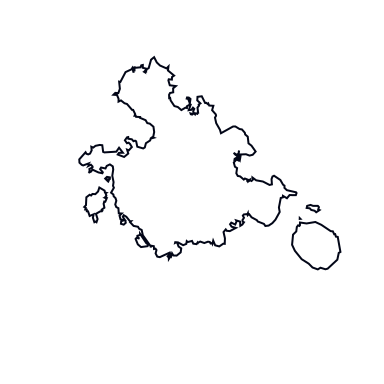 the district of Nosy-Be, Diana, Madagascar, rotated 328°
{"feature_id": "10022922B66036521727834", "entity_name": "Nosy-Be", "entity_type": "district", "adm_level": 2, "iso_a3": "MDG", "parent_name": "Madagascar", "parent_adm1": "Diana", "projection": "orthographic", "projection_center": [48.268, -13.349], "detail": "fine", "context": "isolated", "style": "outline", "palette": "ink", "viewbox_px": 384, "rotation_deg": 328, "n_neighbors": 0, "source": "geoboundaries", "source_scale": "gbopen_adm2", "svg_char_len": 6079}
<svg xmlns="http://www.w3.org/2000/svg" viewBox="0 0 384 384"><g transform="rotate(328 192 192)"><path d="M214.4,59.0L209.5,56.5L209.7,55.1L208.3,57.4L207.9,55.8L206.9,56.8L206.8,58.4L205.7,59.8L207.1,55.2L205.7,55.9L199.2,55.1L189.6,60.7L188.7,59.8L185.5,66.3L181.9,69.1L179.5,67.3L176.9,67.9L179.8,70.0L179.1,74.1L177.6,76.4L180.3,76.7L181.8,81.0L183.5,82.9L184.7,90.6L185.6,91.2L185.1,95.7L183.7,96.9L184.7,97.4L184.4,98.6L187.7,100.9L187.2,101.5L190.7,106.5L190.6,109.9L192.4,111.6L193.9,116.2L191.7,121.1L188.5,124.5L187.4,124.5L188.3,125.7L185.3,124.8L183.8,126.1L178.8,126.2L175.6,129.2L173.7,129.2L169.6,124.6L171.5,119.4L170.9,118.3L169.3,117.9L168.9,115.4L166.2,113.1L167.0,111.6L165.9,111.2L162.5,112.6L162.7,116.2L164.4,116.6L164.9,118.4L164.8,122.0L160.5,123.2L159.4,121.7L158.3,125.6L153.0,126.3L148.9,120.9L150.8,120.1L154.2,122.1L153.6,115.8L149.2,117.7L138.7,112.0L137.9,110.9L140.7,104.8L138.7,103.2L134.6,101.7L131.8,102.0L130.6,100.3L129.0,103.5L125.9,105.4L123.9,105.1L122.7,103.6L122.8,101.9L113.7,104.6L112.1,107.5L112.9,110.6L113.8,111.8L119.4,113.0L118.5,113.4L119.2,114.4L118.1,115.0L120.7,115.2L121.2,117.6L120.7,118.4L117.2,118.1L116.1,120.3L114.5,120.9L117.3,121.2L119.4,120.2L123.0,125.8L125.9,128.6L126.8,128.0L126.2,123.9L127.9,123.1L131.1,126.2L133.5,124.7L137.0,125.1L138.4,128.3L137.1,131.2L133.0,136.0L130.7,142.1L128.3,144.9L128.0,147.0L123.0,149.7L124.0,152.5L123.3,154.1L123.9,156.7L123.2,159.3L120.3,161.9L119.8,164.6L121.0,166.7L118.6,171.3L121.0,173.0L118.0,173.7L116.9,177.2L119.3,179.9L116.4,179.3L114.9,181.3L116.8,183.5L119.5,183.0L120.3,181.0L120.2,176.3L121.8,175.5L123.2,178.2L123.9,184.0L124.8,184.5L123.5,184.8L124.5,189.8L127.8,192.9L127.7,195.1L129.2,197.5L127.4,202.6L128.2,216.3L127.5,217.2L128.9,215.9L130.9,217.7L129.6,220.2L131.0,220.7L131.1,222.4L128.6,224.8L128.3,228.4L130.2,230.2L141.1,231.6L140.8,232.8L136.4,233.8L138.4,233.9L136.9,236.5L139.7,235.2L139.9,235.8L142.6,233.4L142.6,236.0L145.3,237.8L150.4,237.2L153.0,234.1L151.7,231.1L152.5,227.6L151.9,226.3L150.7,226.2L151.2,225.7L153.4,227.3L156.3,232.4L159.6,233.0L161.5,230.9L161.9,232.2L166.1,233.5L165.7,236.5L168.2,238.6L169.5,238.0L169.1,239.2L169.8,238.1L172.7,238.4L175.4,241.8L179.2,242.6L180.6,243.8L180.5,245.5L181.9,245.8L181.8,246.8L184.2,244.5L183.4,249.5L186.3,252.6L191.2,252.4L192.3,253.3L195.4,248.7L197.5,242.7L200.8,241.6L200.9,243.3L203.3,245.2L210.2,245.7L207.2,242.4L207.2,239.5L209.1,238.8L211.4,242.5L214.3,240.5L214.4,239.5L217.1,242.6L215.0,246.3L217.4,246.3L220.0,245.2L219.3,244.1L219.9,242.6L222.4,241.4L222.6,239.0L224.0,238.5L227.2,240.0L226.9,241.2L227.3,241.1L227.9,239.8L228.2,239.6L227.6,240.9L228.4,241.3L228.1,240.3L228.7,240.9L229.1,245.0L232.1,250.3L232.1,251.8L236.1,257.2L236.2,259.7L239.2,261.1L243.6,261.0L248.1,259.7L255.8,255.4L257.5,251.2L264.1,244.1L266.3,244.7L267.1,243.5L269.2,247.6L273.1,246.3L278.4,249.7L280.1,248.3L280.1,247.4L273.4,240.7L272.6,237.5L273.8,235.6L273.1,234.1L273.3,228.6L270.2,221.7L268.5,221.5L266.3,223.2L263.8,227.9L261.5,227.1L257.7,220.7L252.6,216.1L251.0,211.9L250.1,213.8L248.3,214.2L247.5,212.9L246.4,212.9L247.4,212.2L243.8,212.1L246.3,211.7L244.0,208.6L242.5,208.9L241.1,204.3L239.3,202.6L239.5,199.6L242.9,195.6L241.8,193.3L243.1,189.1L245.7,188.4L246.0,187.5L245.1,187.2L245.7,186.5L247.7,186.5L246.6,187.5L248.2,190.0L249.0,189.5L248.6,187.7L250.6,187.1L249.7,186.0L248.5,183.2L248.1,180.9L251.0,187.0L249.1,188.4L249.3,190.5L252.6,186.8L250.7,184.1L252.0,184.0L253.2,182.4L253.9,181.8L251.3,184.9L257.8,188.6L260.1,191.6L263.2,192.6L267.4,191.4L267.0,184.2L265.7,180.7L268.6,174.6L267.6,171.4L268.2,169.7L267.5,165.4L265.7,163.8L263.5,159.4L261.5,158.2L247.7,157.5L248.7,154.0L249.0,146.5L250.9,141.1L252.8,140.1L253.3,138.8L252.4,133.3L255.8,130.2L252.4,127.8L252.7,125.5L251.9,125.7L251.4,124.0L250.3,123.5L251.0,116.0L247.1,114.2L245.0,117.1L246.1,121.3L244.0,121.4L243.7,122.5L241.4,123.3L238.8,128.9L239.0,127.5L237.9,128.5L236.5,127.0L235.7,127.7L235.4,126.3L233.1,126.4L232.2,125.4L232.4,124.6L233.5,125.8L235.1,126.0L235.8,124.2L238.0,122.7L237.5,121.0L235.1,122.0L232.6,120.9L237.2,117.2L236.6,116.3L240.0,112.3L239.3,110.2L237.9,109.2L237.0,110.0L238.1,111.1L237.2,115.4L236.0,116.7L233.2,116.6L232.2,118.1L231.2,117.0L226.4,116.9L225.0,112.4L222.6,109.8L222.4,103.0L223.3,100.6L222.4,100.3L224.1,97.4L225.8,96.4L228.9,97.5L230.9,94.1L234.4,93.6L229.7,89.7L231.1,84.9L232.0,84.1L234.5,86.0L236.0,83.9L238.5,83.8L236.0,76.2L238.5,73.1L235.9,73.7L231.9,67.8L230.8,63.5L231.3,57.6L227.4,58.1L220.9,64.0L218.6,63.9L217.2,65.2L216.5,65.5L216.3,65.2L216.4,64.7L215.3,64.7L215.6,65.2L215.5,65.5L215.1,64.7L216.2,64.4L216.9,65.3L217.8,63.4L218.7,63.3L216.1,60.6L217.6,58.2L216.1,57.7L214.4,59.0ZM272.5,279.4L267.4,275.1L265.9,277.4L265.1,277.7L264.3,276.5L262.4,277.2L259.5,280.7L255.1,281.7L248.9,289.8L248.1,296.4L249.4,307.1L253.0,314.6L254.2,319.9L257.7,324.3L260.8,324.3L264.2,328.2L266.4,328.9L279.4,326.4L284.2,321.4L286.1,321.5L291.8,307.3L290.4,306.1L291.1,303.6L290.2,303.2L290.6,300.0L288.9,298.7L284.3,288.4L280.7,282.8L272.5,279.4ZM118.6,144.5L115.8,139.1L112.6,141.8L108.9,142.6L106.5,140.9L104.6,141.5L103.7,140.1L99.6,140.5L95.1,147.0L92.7,147.6L93.5,149.3L92.2,150.3L93.4,151.2L92.6,152.6L93.6,153.3L92.5,158.1L96.8,158.8L94.3,161.3L93.2,165.9L94.6,166.0L95.0,167.0L97.6,164.9L99.0,159.6L104.1,159.8L105.3,160.6L106.2,160.3L106.2,159.1L109.4,158.9L110.8,155.2L112.5,153.6L113.3,154.3L116.0,152.4L115.0,150.7L116.4,151.0L116.0,150.2L117.5,149.6L118.0,147.3L118.9,147.3L117.9,146.2L118.6,144.5ZM126.1,211.2L125.8,199.9L125.2,200.9L122.5,200.2L121.9,201.4L122.7,203.7L120.8,201.5L119.3,201.9L118.3,207.7L119.6,211.7L125.6,214.4L127.0,213.4L126.1,211.2ZM287.2,267.8L285.7,265.8L282.3,264.8L280.8,266.3L283.2,268.2L283.6,270.4L286.0,272.8L286.6,275.0L290.6,274.9L289.8,273.7L291.6,272.1L291.4,270.5L287.2,267.8ZM127.9,134.1L125.5,134.6L126.0,136.8L126.5,136.0L127.5,136.8L126.3,137.7L126.6,138.7L127.9,137.8L127.7,136.9L129.2,137.4L130.1,136.1L127.9,134.1ZM269.1,271.9L269.7,272.2L269.5,271.3L269.1,271.9Z" fill="none" stroke="#020617" stroke-width="2"/></g></svg>